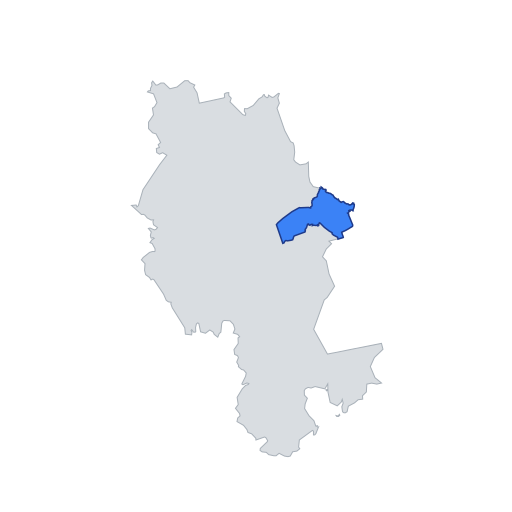 location of South Kazakhstan within Kazakhstan, rotated 250°
{"feature_id": "KAZ-3251", "entity_name": "South Kazakhstan", "entity_type": "Region", "adm_level": 1, "iso_a3": "KAZ", "parent_name": "Kazakhstan", "parent_adm1": "", "projection": "albers", "projection_center": [68.818, 43.271], "detail": "fine", "context": "in_parent", "style": "filled", "palette": "blue", "viewbox_px": 512, "rotation_deg": 250, "n_neighbors": 0, "source": "natural_earth", "source_scale": "10m", "svg_char_len": 7730}
<svg xmlns="http://www.w3.org/2000/svg" viewBox="0 0 512 512"><g transform="rotate(250 256 256)"><path d="M298.4,340.9L295.8,342.1L294.4,344.1L292.5,343.5L289.0,347.5L278.5,353.5L272.1,361.7L272.0,365.5L270.2,365.5L266.0,362.7L266.8,359.4L264.8,356.9L251.0,356.9L249.0,344.6L243.6,344.3L245.0,329.6L241.7,331.2L238.6,324.5L232.5,318.2L227.4,320.4L214.1,318.5L200.7,319.5L192.7,308.7L191.4,305.1L167.4,285.1L139.4,289.6L131.0,344.0L124.9,343.4L120.1,332.5L113.0,325.6L100.9,326.2L93.7,330.5L94.3,325.7L97.0,321.2L97.7,316.3L90.5,313.2L88.3,308.3L85.0,307.3L86.0,302.8L84.3,298.4L83.3,291.4L78.5,288.3L78.1,286.1L79.0,284.5L80.3,284.1L85.0,285.1L87.9,287.6L91.8,288.0L89.6,286.2L87.4,281.1L93.0,275.6L103.6,277.1L111.3,279.7L107.6,275.3L113.1,266.9L113.1,262.6L114.7,260.0L114.3,257.0L113.0,255.3L108.7,253.9L104.8,255.6L100.2,251.6L96.0,249.5L87.7,251.2L81.4,254.1L75.8,254.0L75.5,255.6L74.9,255.0L73.9,255.6L74.0,256.3L68.6,251.5L67.8,250.0L68.2,248.8L71.8,250.1L72.8,249.3L68.3,233.8L61.9,230.7L59.9,231.2L58.7,227.7L59.5,223.5L56.3,219.8L56.5,217.4L58.3,214.3L62.7,210.2L61.4,206.5L62.1,204.6L65.0,200.0L68.0,198.5L69.8,194.8L71.9,193.3L73.7,194.2L77.7,203.2L78.5,203.8L82.0,203.1L83.0,202.1L83.1,193.0L84.8,193.5L90.4,191.1L92.9,188.1L96.0,188.1L101.1,186.4L106.9,181.5L110.0,183.4L111.2,186.3L113.6,186.7L119.9,184.6L122.5,188.5L129.6,189.9L135.9,197.7L137.9,201.9L137.9,204.9L138.6,205.7L139.8,204.0L139.5,199.7L140.6,198.9L146.5,205.1L149.4,206.8L153.1,205.4L154.3,203.6L158.0,201.6L159.1,202.3L162.9,201.6L166.6,204.8L168.7,204.5L170.8,202.3L175.6,203.3L179.9,209.4L185.2,211.1L185.7,213.0L188.6,212.0L191.4,208.3L194.6,211.2L199.5,211.4L204.0,209.4L206.3,204.1L206.2,202.7L204.5,200.8L196.4,196.9L195.8,195.0L192.8,192.3L196.7,189.9L199.0,189.8L202.3,187.3L200.7,182.1L203.7,178.0L212.1,179.2L213.1,178.4L212.6,176.8L209.6,174.8L205.5,173.5L205.2,172.8L205.9,171.2L208.8,170.4L208.3,169.5L206.2,169.7L203.9,168.5L206.7,162.9L212.9,164.5L235.9,159.6L240.1,159.6L241.5,160.5L242.9,158.0L245.1,156.5L251.8,156.1L268.9,151.9L269.7,150.8L269.4,149.2L272.2,148.6L276.2,145.9L280.7,146.4L286.8,149.1L291.6,147.0L293.2,149.5L295.8,157.2L295.6,160.6L294.8,162.2L295.1,162.8L297.3,163.6L303.3,162.7L304.8,160.9L306.8,163.7L307.4,166.4L308.6,165.5L308.4,164.2L308.9,163.5L311.5,163.8L314.4,165.8L318.7,164.3L318.5,166.0L315.3,169.4L315.2,171.0L316.4,173.2L320.4,170.4L323.6,170.9L325.0,172.1L325.7,169.7L329.0,166.8L332.4,165.6L333.7,164.4L334.1,162.6L346.1,156.3L344.9,160.8L342.8,160.9L343.6,162.7L357.0,172.5L374.9,196.8L381.2,206.7L385.0,203.6L384.7,200.1L387.2,198.1L391.1,199.1L391.0,202.4L394.0,202.1L395.3,205.2L405.0,203.8L407.1,201.0L412.4,198.6L418.5,200.8L423.6,207.9L430.4,209.3L431.0,211.7L434.0,215.4L443.4,215.2L447.3,210.1L448.0,211.2L447.5,213.4L449.5,214.1L451.9,216.6L454.4,217.1L455.7,218.8L450.8,220.4L450.4,222.2L451.1,225.8L450.0,228.6L442.6,232.3L441.8,239.6L445.1,249.0L443.9,252.2L441.5,253.1L437.6,257.0L436.0,255.1L429.5,256.4L419.0,255.0L415.6,279.7L415.9,280.8L419.1,281.7L419.5,283.6L418.9,286.3L416.0,285.3L412.8,286.7L409.7,284.3L393.4,291.9L391.7,294.0L393.2,295.1L395.9,294.5L398.4,295.6L397.4,298.2L398.4,304.9L402.7,312.4L403.4,316.1L405.0,318.2L404.7,319.1L403.2,318.9L400.9,320.5L401.0,321.6L402.9,322.8L399.5,325.4L399.3,327.1L401.2,332.7L400.7,333.5L397.1,330.6L391.6,330.2L387.7,326.3L364.1,325.9L351.6,327.6L349.5,329.6L346.6,329.5L340.4,327.9L333.5,324.4L330.7,325.3L326.6,328.4L325.5,334.6L326.4,337.3L312.8,332.8L307.1,332.0L301.6,333.5L297.7,339.5L298.4,340.9ZM78.7,280.2L77.7,280.3L77.0,278.6L77.6,277.0L78.7,276.7L77.5,278.5L78.7,280.2ZM106.2,277.5L105.4,277.1L105.1,276.3L106.3,275.9L106.2,277.5Z" fill="#d9dde1" stroke="#a8b0b8" stroke-width="1"/><path d="M297.7,339.5L297.4,339.8L297.3,340.0L297.4,340.3L297.8,340.7L298.0,340.8L298.4,340.9L298.0,341.2L297.6,341.5L297.4,341.6L297.2,341.7L297.0,341.8L296.8,341.8L296.5,341.7L296.3,341.7L296.2,341.7L295.9,341.8L295.8,342.1L295.7,342.3L295.5,342.6L295.4,342.8L295.2,343.0L295.1,343.3L295.0,343.5L294.9,343.8L294.8,344.0L294.7,344.3L294.4,344.4L294.2,344.4L293.9,344.3L293.8,344.2L293.7,344.2L293.6,343.9L293.5,343.7L293.4,343.6L293.2,343.4L292.4,343.6L291.9,343.8L291.7,344.0L291.4,344.2L291.3,344.5L291.2,344.8L291.1,345.0L290.9,345.3L290.7,345.4L290.5,345.5L290.4,345.6L290.2,345.7L289.8,346.4L289.5,347.1L289.3,347.2L289.2,347.4L288.7,347.7L288.3,348.1L288.0,348.2L287.7,348.3L287.5,348.5L287.4,348.6L287.2,348.9L287.0,349.1L286.8,349.2L286.5,349.3L285.9,349.3L285.3,349.4L284.6,349.6L283.8,349.8L283.7,349.9L283.6,350.0L283.3,350.3L282.7,350.8L282.2,351.3L281.8,351.4L281.5,351.5L281.4,351.6L281.2,351.7L281.2,351.9L281.1,352.1L281.2,352.4L281.3,352.6L281.3,352.8L281.2,352.8L280.9,352.8L280.5,352.7L280.4,352.7L280.2,352.9L279.9,353.0L279.6,353.0L279.4,352.9L279.3,353.0L279.0,353.2L278.6,353.4L278.5,353.5L278.4,353.6L278.3,353.8L278.2,353.9L277.9,353.9L277.6,354.1L277.3,354.2L277.2,354.3L277.2,354.5L277.3,354.6L277.4,354.8L277.4,355.0L277.4,355.9L277.3,356.6L277.2,356.6L277.1,356.8L276.8,357.1L276.6,357.2L276.4,357.3L276.2,357.4L275.7,357.5L275.4,357.6L275.2,358.0L274.7,358.4L274.3,358.6L274.1,358.7L274.0,358.9L273.8,359.5L273.6,360.1L273.4,360.2L273.3,360.4L273.0,360.5L272.9,360.6L272.6,360.7L272.5,360.8L272.3,360.9L272.3,361.1L272.2,361.3L272.2,361.2L272.0,361.3L272.0,361.5L272.0,361.8L271.9,362.0L271.7,362.3L271.8,363.0L271.9,363.6L271.9,363.9L272.0,363.9L272.0,364.0L272.3,364.1L272.4,364.3L272.4,364.5L272.5,364.6L272.6,364.8L272.5,365.2L272.3,365.4L272.4,365.5L272.5,365.5L272.3,365.8L272.2,365.9L271.9,365.8L271.7,365.7L271.4,365.6L271.2,365.6L271.2,365.8L270.9,365.9L270.8,366.0L270.7,366.0L269.4,365.4L268.5,364.9L268.1,364.6L267.7,364.3L267.3,364.0L266.8,363.5L266.3,363.0L266.1,362.9L265.9,362.8L265.7,362.7L265.4,362.7L265.5,362.5L265.5,362.4L265.9,362.3L266.0,362.2L266.3,361.9L266.4,361.7L266.5,361.5L266.6,361.3L266.7,361.1L266.8,360.9L266.8,360.6L266.9,360.3L266.9,360.1L266.9,359.9L266.8,359.7L266.7,359.7L266.8,359.6L267.0,359.4L266.9,359.3L266.9,359.2L266.9,358.8L266.7,358.8L266.5,359.0L266.4,359.1L266.2,359.0L265.9,359.2L265.8,358.9L265.7,358.6L265.7,358.4L265.6,358.2L265.3,357.8L265.1,357.4L265.0,357.2L264.9,357.0L264.9,356.8L264.7,356.9L264.6,357.0L264.2,357.2L263.9,357.4L263.7,357.5L263.6,357.4L263.2,357.2L262.9,357.1L262.7,357.0L261.3,357.1L259.8,357.2L258.9,357.2L257.5,357.3L256.3,357.3L254.6,357.4L253.5,357.4L252.2,357.5L251.7,357.3L251.3,357.2L251.0,356.9L250.8,356.6L250.4,354.4L249.9,352.1L249.6,350.3L249.3,348.4L249.2,346.5L249.0,344.6L248.9,344.6L248.7,344.6L247.4,344.5L246.2,344.5L245.0,344.5L243.6,344.4L243.5,344.2L243.7,341.3L243.8,338.8L244.8,339.0L245.7,339.1L249.2,335.9L250.9,335.1L251.9,335.5L254.3,333.4L259.6,330.0L265.0,327.5L265.5,326.9L265.2,326.7L264.5,326.1L264.4,325.0L264.0,325.0L264.0,324.5L263.6,324.6L263.3,325.9L263.1,324.4L264.1,323.5L264.4,322.2L265.2,320.8L265.3,319.3L266.4,319.9L266.8,318.8L266.7,317.7L266.4,317.2L267.2,316.3L268.1,316.3L268.2,315.3L265.7,313.4L264.6,312.1L264.5,311.7L263.9,311.2L263.3,310.9L262.8,311.0L261.8,310.2L261.8,298.8L261.0,297.8L259.7,296.9L258.7,296.0L258.8,294.3L259.5,290.7L260.3,289.4L259.9,287.9L258.8,286.9L258.7,285.5L278.5,285.9L279.8,288.1L282.1,294.1L285.3,304.9L286.5,312.3L286.6,313.4L286.2,314.0L283.7,321.9L282.8,323.2L282.5,323.7L283.1,323.9L283.5,324.3L283.5,324.9L284.1,325.9L284.6,326.1L285.7,326.5L286.6,326.6L287.2,326.7L287.9,327.2L288.8,327.5L289.1,328.4L289.4,328.8L289.9,328.7L290.2,329.1L289.9,329.6L290.5,330.0L290.4,330.4L290.7,331.0L290.6,332.1L290.7,333.4L291.3,334.2L292.1,334.4L292.6,334.6L293.3,335.3L293.8,335.9L294.1,336.4L294.7,336.6L295.8,337.9L296.7,338.2L296.7,338.6L297.0,338.8L297.0,339.0L297.6,339.5L297.7,339.5Z" fill="#3b82f6" stroke="#1e3a8a" stroke-width="1.5"/></g></svg>